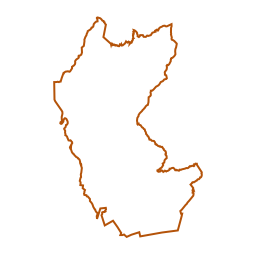 outline of Coxcatlán, Puebla, Mexico, rotated 3°
{"feature_id": "50627088B81401252866172", "entity_name": "Coxcatlán", "entity_type": "district", "adm_level": 2, "iso_a3": "MEX", "parent_name": "Mexico", "parent_adm1": "Puebla", "projection": "equal_earth", "projection_center": [-97.103, 18.25], "detail": "fine", "context": "isolated", "style": "outline", "palette": "amber", "viewbox_px": 256, "rotation_deg": 3, "n_neighbors": 0, "source": "geoboundaries", "source_scale": "gbopen_adm2", "svg_char_len": 5805}
<svg xmlns="http://www.w3.org/2000/svg" viewBox="0 0 256 256"><g transform="rotate(3 128 128)"><path d="M145.9,235.6L167.4,230.6L183.1,227.7L186.1,213.7L186.6,210.7L185.5,210.8L184.6,208.2L186.1,206.6L189.5,201.9L190.8,200.5L191.2,199.5L193.0,197.3L196.7,192.2L196.9,191.1L196.8,190.0L195.9,189.1L196.0,188.7L196.2,188.8L196.1,189.2L196.7,189.2L196.4,188.1L195.7,187.2L195.8,186.6L196.2,186.9L196.4,186.1L196.7,186.3L196.2,184.9L196.2,184.4L193.4,181.2L194.9,179.6L194.9,179.3L195.5,179.0L195.5,178.8L196.7,178.7L196.8,178.4L197.8,178.0L199.1,176.9L199.4,176.9L200.2,175.7L201.5,175.4L202.4,174.3L202.5,173.6L203.4,173.4L203.7,173.0L204.1,171.8L204.1,170.0L203.7,169.4L204.0,168.4L199.0,161.5L198.7,160.7L198.6,160.1L198.4,160.1L198.0,160.5L197.2,160.1L196.4,160.9L196.1,160.9L196.3,161.5L196.2,162.0L195.9,161.9L195.7,162.3L195.4,162.0L195.0,162.5L194.1,162.3L193.3,162.8L191.9,162.8L191.6,163.1L191.6,163.5L191.0,163.7L190.4,164.6L189.4,165.0L188.4,164.9L187.0,165.6L183.9,166.5L183.3,166.9L181.8,166.9L181.7,167.5L181.1,168.0L179.7,167.5L179.2,167.7L178.4,167.3L178.1,167.7L177.4,167.7L176.4,166.3L175.5,165.5L175.1,165.4L173.6,165.8L172.6,166.5L171.7,166.5L171.6,167.5L170.9,168.1L170.0,168.7L168.6,169.1L168.5,169.3L167.3,168.8L167.2,169.2L166.4,169.3L165.5,170.0L164.7,169.0L163.7,168.5L163.4,168.5L162.8,169.5L162.3,169.8L160.7,170.1L159.8,169.6L159.6,169.3L159.6,168.9L160.1,168.9L160.5,168.1L161.4,167.8L162.0,166.9L163.5,165.9L164.2,164.9L165.1,163.1L164.5,161.7L166.0,160.6L166.2,158.4L166.8,157.4L168.2,156.1L168.0,154.0L167.0,152.9L167.2,152.1L166.8,151.9L167.2,150.9L166.8,149.4L165.0,148.0L164.8,147.1L164.1,146.7L163.8,146.0L163.1,145.1L162.3,145.3L161.3,144.7L160.9,145.0L160.2,144.5L159.7,144.6L158.7,144.2L158.2,143.6L157.7,143.5L157.3,142.9L156.9,143.1L156.2,142.7L156.2,142.3L155.5,140.6L154.6,139.6L152.4,139.5L151.4,138.5L150.1,138.5L149.9,137.6L149.6,137.5L149.6,137.0L149.1,136.3L148.8,135.4L147.9,134.9L147.5,134.1L146.3,132.9L146.4,132.5L145.8,130.9L145.2,130.1L145.0,129.1L144.6,128.4L144.0,128.3L142.9,127.0L142.0,126.6L140.4,124.5L139.2,124.3L138.6,123.8L138.4,123.0L137.6,123.2L137.3,123.7L137.1,123.4L137.1,122.3L136.6,120.2L136.8,117.4L137.9,115.5L137.9,114.5L138.9,112.7L141.2,110.2L141.7,109.2L142.5,108.6L143.0,107.7L143.6,107.2L144.6,105.4L145.8,104.2L146.6,103.9L147.1,101.1L147.0,96.2L148.4,95.1L149.0,94.3L149.0,92.7L148.6,91.4L148.9,90.1L149.3,89.9L149.1,89.5L150.5,89.2L151.7,88.0L153.8,85.3L155.8,84.1L156.9,83.0L158.3,80.4L160.3,79.4L161.7,77.6L163.7,77.0L164.2,76.3L163.4,73.4L162.1,72.9L162.0,71.4L161.8,70.8L161.9,70.0L163.4,67.8L163.6,67.0L163.7,65.1L163.3,63.8L163.9,62.9L164.9,63.1L165.8,62.1L167.2,59.0L167.1,57.6L167.4,57.1L167.3,56.4L167.9,55.8L168.6,55.7L170.4,53.9L171.3,52.4L171.5,51.9L171.1,48.9L171.2,46.7L171.8,45.0L172.3,41.4L172.2,41.1L169.7,38.7L168.2,37.8L167.1,37.5L166.8,36.7L167.0,35.3L166.0,32.3L166.2,31.8L165.9,30.3L165.8,26.5L165.7,26.1L166.2,24.0L166.0,22.0L161.4,24.5L160.1,24.4L159.4,23.9L157.7,24.2L156.6,25.0L154.9,25.8L153.9,26.8L152.9,29.1L152.3,29.1L152.1,28.4L151.8,28.2L150.0,29.4L150.4,30.4L147.3,31.6L145.9,34.1L143.4,35.0L142.3,34.7L141.0,36.1L138.9,36.1L138.5,35.7L138.4,35.1L138.0,34.5L135.3,34.6L134.9,35.8L134.1,36.6L132.8,35.9L132.8,34.5L132.1,33.4L132.1,32.6L131.3,31.5L129.4,30.1L128.6,29.9L128.9,30.6L128.8,32.2L128.4,32.1L128.8,33.6L128.1,34.0L128.4,34.9L128.1,35.3L128.5,37.7L128.8,38.0L128.3,38.2L128.1,38.6L128.3,39.5L127.9,40.5L127.5,40.6L127.4,41.9L127.0,42.7L126.3,42.6L125.3,43.9L125.5,42.2L125.0,42.2L124.2,41.8L123.9,42.5L123.3,42.7L123.1,42.2L122.1,42.4L121.5,41.7L120.5,43.8L118.3,45.8L117.4,45.5L117.1,44.9L116.9,45.7L115.6,44.9L115.0,46.7L113.6,46.8L113.5,47.3L113.2,46.1L111.8,45.8L111.7,46.0L110.7,45.7L110.6,46.0L110.0,45.4L108.9,45.5L108.5,45.2L108.7,46.0L107.9,46.2L106.9,45.4L106.8,45.8L106.5,44.8L98.7,38.5L100.5,25.9L99.4,24.8L99.0,23.6L98.4,23.5L98.0,22.4L96.9,22.2L95.7,20.8L94.6,19.9L91.9,19.2L91.2,19.5L91.1,19.8L91.8,21.3L92.0,23.1L90.7,23.4L89.4,24.6L88.4,26.0L88.0,28.5L87.0,29.6L86.4,29.6L85.5,31.4L82.7,33.4L82.6,34.4L81.8,36.3L81.7,37.4L80.7,39.3L79.8,42.1L80.0,43.4L79.6,48.3L77.6,50.1L78.1,55.0L77.5,57.2L76.2,58.2L75.0,58.4L74.8,58.9L75.2,59.9L74.8,60.8L72.9,62.2L71.9,63.5L71.7,64.5L71.9,65.6L71.7,67.0L70.9,68.2L68.9,69.8L69.0,71.4L67.2,74.5L66.5,74.9L65.1,74.5L62.7,75.0L61.3,76.0L61.1,76.7L60.7,76.6L59.2,81.5L58.3,85.2L57.2,85.3L56.6,85.8L55.2,85.5L54.6,85.8L51.9,86.0L53.1,103.5L53.9,105.1L60.8,114.0L61.6,115.3L61.8,117.2L61.2,120.5L61.6,124.5L61.6,124.8L60.3,125.8L60.2,126.9L61.0,127.4L61.8,127.0L63.1,125.0L63.1,123.7L63.8,122.2L64.3,121.6L64.9,121.6L65.9,122.1L67.1,124.1L67.5,125.2L67.5,126.7L66.7,128.0L66.0,128.2L65.6,130.4L64.3,131.9L64.3,132.3L65.4,134.1L65.4,136.0L65.9,137.4L65.8,138.5L66.6,138.8L67.6,139.8L68.0,140.9L69.3,143.5L70.4,143.6L71.2,143.3L71.9,143.9L72.2,144.5L72.9,145.0L73.1,146.1L72.4,147.2L72.4,147.7L72.1,147.9L72.1,148.9L71.9,148.6L71.7,148.8L71.0,150.3L71.5,151.7L72.2,152.3L73.2,154.9L74.2,156.3L74.8,156.5L75.1,157.0L75.6,157.3L76.1,158.2L77.0,158.8L77.8,159.7L78.5,159.9L79.5,160.5L79.6,161.0L80.2,161.2L81.2,162.1L81.9,164.0L82.0,165.4L82.9,166.1L83.1,166.8L82.6,166.8L84.0,170.3L83.7,175.0L83.3,176.8L83.7,179.5L83.2,180.3L82.6,183.4L83.1,183.9L83.6,185.3L83.4,187.5L86.1,187.7L85.9,190.5L88.3,192.2L87.8,193.7L87.8,195.1L87.5,195.7L87.9,197.1L90.0,197.3L90.4,198.4L91.4,198.5L93.7,200.9L93.8,202.9L95.4,204.5L96.5,206.1L97.5,208.6L99.0,210.9L99.5,211.1L99.7,212.0L100.5,213.3L101.7,214.3L102.1,215.5L101.4,217.6L101.8,220.4L104.6,209.8L110.0,208.9L110.3,210.5L109.5,211.7L109.9,212.5L108.9,213.1L107.7,213.1L106.6,213.7L106.8,215.1L106.1,216.5L109.9,226.5L117.9,221.4L122.7,227.5L126.7,233.2L126.0,235.3L128.1,235.2L129.6,234.6L132.4,236.8L137.0,234.4L144.7,231.5L145.9,235.6Z" fill="none" stroke="#b45309" stroke-width="2"/></g></svg>